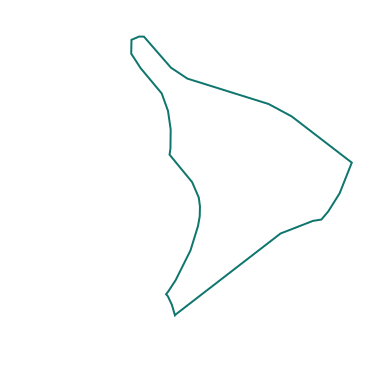 an SVG outline of Wanica, rotated 210°
{"feature_id": "SUR-74", "entity_name": "Wanica", "entity_type": "District", "adm_level": 1, "iso_a3": "SUR", "parent_name": "Suriname", "parent_adm1": "", "projection": "natural_earth1", "projection_center": [-55.199, 5.79], "detail": "fine", "context": "isolated", "style": "outline", "palette": "teal", "viewbox_px": 384, "rotation_deg": 210, "n_neighbors": 0, "source": "natural_earth", "source_scale": "10m", "svg_char_len": 561}
<svg xmlns="http://www.w3.org/2000/svg" viewBox="0 0 384 384"><g transform="rotate(210 192 192)"><path d="M145.1,76.7L153.1,84.3L160.9,89.7L163.3,90.5L162.8,94.3L162.1,107.6L164.1,140.6L169.8,165.6L173.2,174.9L177.9,183.5L183.4,190.6L196.8,200.6L230.1,213.1L232.4,218.9L241.8,235.6L253.4,250.3L267.5,262.2L298.5,273.6L313.8,281.4L320.5,293.5L315.5,300.2L311.3,302.5L272.3,289.1L252.6,287.9L169.6,306.5L143.5,307.3L68.3,297.3L63.5,264.7L64.3,243.2L66.2,232.8L72.8,227.5L94.6,200.3L144.7,78.3L145.1,76.7Z" fill="none" stroke="#0f766e" stroke-width="2"/></g></svg>